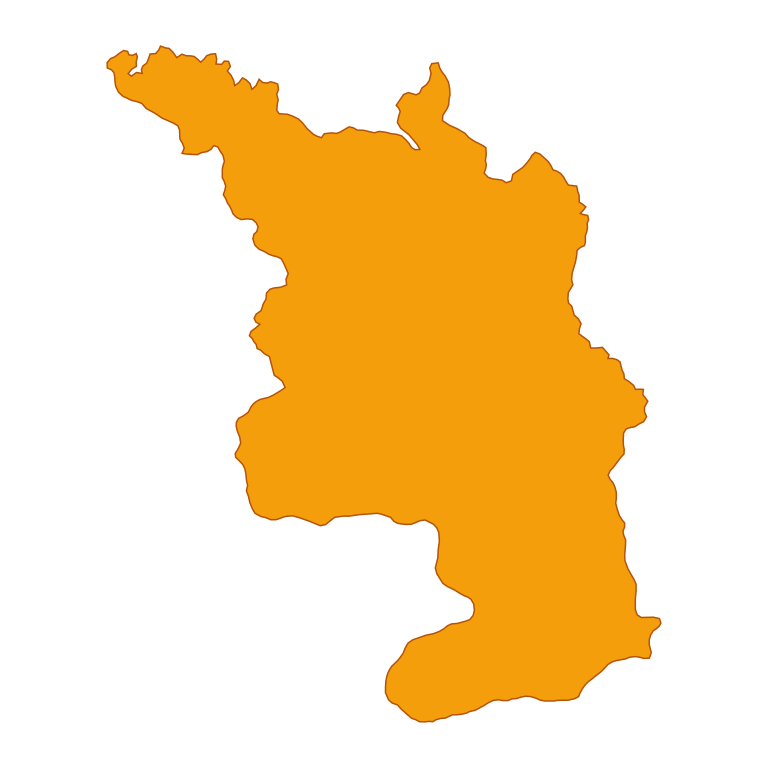 Monte Carmelo, Minas Gerais, Brazil
{"feature_id": "56859067B83982377642164", "entity_name": "Monte Carmelo", "entity_type": "district", "adm_level": 2, "iso_a3": "BRA", "parent_name": "Brazil", "parent_adm1": "Minas Gerais", "projection": "orthographic", "projection_center": [-47.485, -18.716], "detail": "fine", "context": "isolated", "style": "filled", "palette": "amber", "viewbox_px": 768, "rotation_deg": 0, "n_neighbors": 0, "source": "geoboundaries", "source_scale": "gbopen_adm2", "svg_char_len": 6041}
<svg xmlns="http://www.w3.org/2000/svg" viewBox="0 0 768 768"><path d="M438.3,62.9L431.8,63.6L429.7,68.0L431.1,73.4L429.3,80.6L426.4,84.7L422.0,87.9L419.7,93.0L416.1,94.8L408.4,92.6L403.7,94.4L396.2,105.3L398.7,108.2L400.2,111.5L398.7,116.2L397.4,122.5L400.8,128.3L408.8,134.6L417.6,145.0L419.9,149.5L415.1,149.7L411.5,147.5L409.1,143.6L406.2,140.2L401.5,135.8L396.4,134.3L391.2,133.7L385.9,132.3L379.2,131.4L374.4,132.8L363.6,130.3L357.2,130.1L353.1,127.7L349.0,126.9L339.9,132.2L336.4,133.4L331.4,132.9L324.3,133.7L321.5,137.7L317.2,136.3L313.5,134.4L307.0,128.5L302.0,122.3L298.4,119.0L293.2,116.4L287.3,114.2L279.2,113.8L276.8,110.4L277.3,103.9L278.2,99.9L276.7,94.4L278.5,89.4L277.7,84.1L274.3,82.7L270.6,81.8L267.2,83.1L262.7,82.5L259.1,79.3L255.9,85.9L251.9,89.3L250.0,83.6L246.2,79.9L242.4,77.9L238.8,82.7L234.7,85.6L233.7,80.7L231.2,75.5L227.3,71.0L230.4,66.4L228.5,61.4L224.3,61.1L221.6,64.4L216.0,64.0L216.7,59.2L215.5,53.7L211.0,54.1L206.7,55.7L204.0,59.2L200.6,62.2L197.7,59.3L194.2,56.5L190.2,55.8L186.4,55.8L181.9,54.2L176.8,57.6L172.8,52.0L169.1,48.4L165.5,47.9L160.5,46.1L158.9,49.8L155.6,53.6L150.1,54.0L148.5,58.8L146.7,63.1L142.8,66.1L141.4,69.7L142.2,73.4L136.4,72.5L131.4,76.2L128.1,73.6L131.8,69.2L136.4,66.3L136.2,61.9L137.4,57.0L136.2,53.6L132.6,55.4L128.9,54.8L127.6,51.4L123.6,50.5L119.2,53.4L114.8,56.8L110.5,58.6L107.1,62.7L107.3,68.0L111.5,69.8L114.0,72.8L114.8,77.3L115.0,81.7L115.7,86.3L118.4,92.0L122.7,96.1L131.7,100.4L136.5,101.5L141.8,103.4L146.2,108.5L154.7,113.1L162.1,118.1L173.2,123.0L177.8,125.7L179.5,129.7L179.9,138.9L182.6,143.6L184.2,148.0L182.1,153.4L186.0,154.0L197.4,154.7L201.5,152.6L207.1,151.6L210.9,149.4L213.8,145.6L217.9,147.0L220.0,150.9L223.0,155.4L224.4,161.3L223.0,165.6L222.3,169.3L222.3,177.6L224.2,181.4L225.7,186.1L224.8,190.5L223.3,194.7L225.7,198.6L227.5,203.1L229.7,206.3L231.5,209.8L233.0,213.8L236.5,217.4L241.3,219.6L247.0,218.9L252.4,219.4L256.3,222.9L258.1,227.0L256.7,231.7L253.9,234.3L252.9,238.9L254.8,245.0L259.0,249.2L263.9,251.3L268.8,254.2L272.8,255.7L277.0,256.7L281.2,258.7L283.5,262.8L288.2,273.5L286.0,279.2L286.6,285.0L280.7,287.2L273.9,288.0L270.0,289.2L266.5,293.1L266.0,299.2L263.4,303.6L261.1,310.6L256.2,314.1L254.1,318.3L255.8,322.0L259.8,324.3L255.6,328.0L251.0,331.4L249.4,335.8L252.1,338.3L253.9,341.7L256.2,344.5L257.1,348.5L260.8,350.2L264.3,353.7L269.4,356.5L274.2,375.2L277.9,377.6L282.3,381.3L285.1,387.5L280.6,390.7L272.9,395.3L268.5,397.4L260.2,399.4L256.4,401.4L253.4,403.8L250.9,407.1L248.3,412.2L243.1,416.0L238.6,418.4L236.4,422.3L236.2,426.3L237.4,431.3L239.7,437.0L240.7,443.1L238.3,448.4L235.2,453.6L235.7,457.4L238.5,460.0L242.8,464.5L244.9,468.9L246.0,474.5L246.4,479.8L247.6,485.6L246.4,490.7L248.5,496.5L249.8,502.4L252.3,508.7L255.0,513.3L260.9,516.5L266.0,517.7L270.7,519.7L276.0,519.7L280.3,518.3L283.7,516.9L288.1,516.1L293.1,515.9L299.3,517.7L309.3,521.2L320.2,525.7L325.3,524.7L334.7,517.3L343.6,516.1L349.4,516.1L358.9,514.7L377.3,513.3L380.9,514.0L390.5,517.3L393.9,521.3L397.1,523.1L400.8,523.9L405.5,524.4L411.1,524.3L414.9,522.9L419.9,520.7L425.1,520.0L433.3,524.1L436.7,527.7L438.8,532.4L439.4,541.4L438.2,549.5L437.8,558.0L435.3,567.9L436.9,573.8L442.8,583.3L447.0,586.3L454.7,590.1L459.1,592.9L464.3,595.8L467.6,597.0L470.9,599.2L473.7,603.9L474.4,610.3L473.1,615.5L469.8,619.6L466.1,621.0L457.5,623.4L451.6,623.9L447.6,625.7L443.6,628.9L439.0,631.6L433.3,633.7L426.0,635.2L412.8,639.8L408.1,643.0L405.3,647.8L403.1,653.3L400.0,657.7L397.4,660.8L391.8,666.2L389.6,669.5L387.8,673.3L386.6,677.2L385.9,681.3L385.5,687.2L385.5,692.8L388.6,699.9L392.2,703.1L397.5,704.9L401.3,709.2L411.6,718.3L415.7,719.7L419.5,721.7L424.3,721.9L429.0,721.4L432.7,721.7L436.1,719.7L440.5,718.5L445.3,718.1L452.5,714.8L456.7,714.8L461.8,714.2L466.7,713.0L470.0,711.4L474.9,710.4L483.9,705.6L488.6,702.6L493.4,700.4L498.7,699.8L502.9,700.6L507.9,700.6L511.7,699.0L516.7,698.5L521.1,697.1L525.6,696.2L530.8,696.6L535.8,698.1L539.6,699.9L544.6,701.0L554.1,701.0L558.1,700.3L568.2,700.2L574.9,698.6L578.5,696.7L580.0,693.1L582.3,688.9L585.0,685.1L587.5,682.4L600.8,671.9L604.5,668.3L608.0,664.4L612.1,661.9L615.9,660.7L625.5,658.9L629.7,657.2L635.3,656.6L639.6,657.2L643.6,658.4L649.4,658.1L651.3,652.6L649.3,644.8L649.2,639.9L650.7,634.8L653.2,630.8L656.5,628.6L659.2,626.2L660.9,623.0L659.4,618.6L653.4,617.2L641.3,617.5L637.2,614.9L635.3,609.4L635.3,599.3L636.1,590.7L636.1,584.2L634.2,579.9L628.1,569.2L624.9,560.6L624.7,554.4L625.4,546.5L625.7,540.2L623.7,535.2L623.0,531.1L624.5,527.3L624.7,523.1L622.0,519.8L619.3,515.5L617.3,509.3L615.7,503.2L616.3,498.7L616.3,492.4L615.0,487.3L613.1,482.9L610.2,479.4L608.1,475.2L610.2,470.6L612.9,467.9L621.0,457.2L624.0,454.0L624.2,449.4L623.4,445.1L623.2,440.5L623.6,433.0L626.1,429.0L630.2,427.5L634.7,426.8L639.1,423.9L643.6,421.7L646.6,416.7L644.5,411.8L644.5,407.2L647.8,401.2L642.8,394.5L643.4,389.4L639.2,389.2L635.5,389.4L633.6,385.4L629.2,381.7L624.3,378.7L623.9,373.9L622.0,370.0L620.0,361.9L617.0,359.7L612.4,358.4L608.0,358.5L609.0,354.9L602.5,347.4L596.0,348.0L590.7,348.0L589.3,341.7L586.4,339.3L578.8,333.7L579.5,328.4L581.1,323.7L578.4,318.9L574.2,315.1L571.7,306.2L568.5,303.0L567.9,298.7L568.3,292.6L572.9,284.8L571.6,280.0L572.2,273.1L575.4,262.2L576.6,255.9L577.1,250.3L580.6,247.3L584.4,245.6L585.4,242.0L585.3,236.0L586.8,231.5L587.5,227.7L587.1,223.5L588.6,219.6L587.7,215.4L583.7,214.7L580.2,213.5L583.3,210.3L585.8,206.9L582.4,204.1L579.3,202.2L579.1,195.2L577.8,191.6L576.7,186.1L568.4,185.1L565.6,180.8L563.6,177.0L560.4,173.3L556.7,171.1L552.9,169.8L551.0,165.7L548.3,161.6L539.9,154.0L535.2,152.3L532.0,155.4L530.2,158.5L526.9,162.9L522.7,167.5L512.8,174.4L511.4,180.9L506.2,182.7L502.2,180.2L497.3,179.4L493.2,179.0L488.2,177.4L484.1,173.0L485.6,169.0L486.3,164.9L485.4,160.4L486.2,154.8L485.9,147.7L482.7,145.5L473.9,141.0L468.6,137.4L464.9,133.2L457.1,128.7L449.9,125.5L442.5,120.7L442.8,115.4L447.3,108.3L448.7,104.7L449.0,99.8L450.0,94.6L449.6,88.1L448.4,82.1L445.2,76.1L442.0,72.0L439.6,67.7L438.3,62.9Z" fill="#f59e0b" stroke="#b45309" stroke-width="1.5"/></svg>